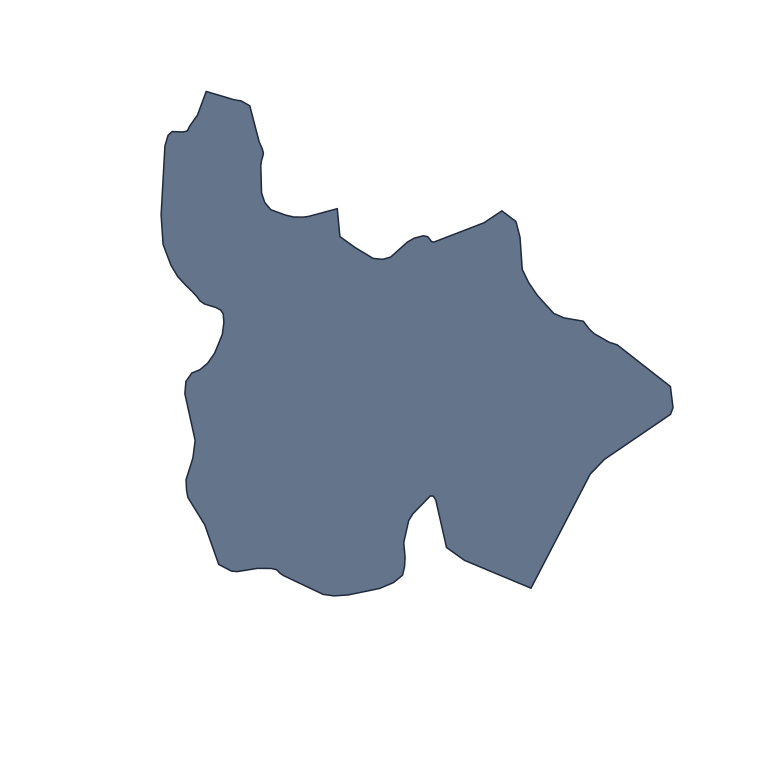 an SVG outline of Glarus, rotated 108°
{"feature_id": "CHE-169", "entity_name": "Glarus", "entity_type": "Canton", "adm_level": 1, "iso_a3": "CHE", "parent_name": "Switzerland", "parent_adm1": "", "projection": "robinson", "projection_center": [9.033, 46.988], "detail": "fine", "context": "isolated", "style": "filled", "palette": "slate", "viewbox_px": 768, "rotation_deg": 108, "n_neighbors": 0, "source": "natural_earth", "source_scale": "10m", "svg_char_len": 1455}
<svg xmlns="http://www.w3.org/2000/svg" viewBox="0 0 768 768"><g transform="rotate(108 384 384)"><path d="M231.7,482.6L257.4,471.5L263.2,453.4L267.9,433.2L265.8,423.7L261.2,416.9L241.9,405.7L236.0,400.4L230.8,392.3L230.4,387.9L233.8,382.8L233.6,380.4L199.7,338.7L182.9,325.4L188.7,308.7L202.4,300.0L232.3,287.9L242.9,277.7L252.4,265.4L264.4,244.4L265.5,233.5L262.7,213.8L268.3,205.8L271.2,199.7L274.7,182.8L274.7,174.3L297.9,110.8L317.2,101.8L324.3,102.1L387.6,151.1L405.9,160.0L532.8,181.1L526.9,252.8L520.2,274.0L478.4,298.9L475.4,302.5L476.2,305.4L498.5,316.4L506.3,318.3L528.8,316.2L542.3,310.4L551.3,308.0L560.1,307.3L569.8,313.5L579.8,325.0L595.7,352.9L601.0,366.2L602.9,376.9L597.3,420.3L596.2,424.1L593.8,428.8L594.3,434.3L598.5,447.5L607.8,465.6L609.1,471.3L606.7,485.4L573.2,511.1L552.6,535.4L546.2,538.9L536.3,542.7L513.5,542.9L496.0,546.2L454.8,570.4L442.7,573.2L432.8,570.1L427.4,563.6L418.6,558.1L406.9,554.6L386.9,553.1L375.0,555.3L367.0,558.6L364.2,562.2L363.2,567.7L363.4,579.3L361.9,584.5L358.6,589.1L355.2,595.2L351.6,602.7L345.6,613.4L336.8,623.4L319.6,637.2L292.2,648.2L225.4,665.9L214.0,666.2L209.3,663.4L206.5,653.3L204.2,649.3L198.4,648.4L185.9,644.5L160.7,643.5L160.0,614.6L158.9,607.2L160.9,597.6L192.3,577.5L197.9,572.5L201.5,570.1L204.7,569.6L208.8,569.6L214.2,568.7L240.1,559.5L248.2,553.5L253.2,545.5L253.8,530.3L253.1,521.5L250.1,512.0L248.0,507.7L231.7,482.6Z" fill="#64748b" stroke="#1e293b" stroke-width="1.5"/></g></svg>